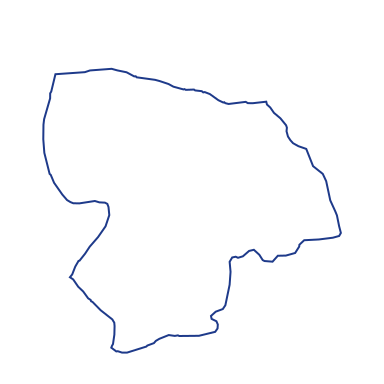 outline of Patzún, Chimaltenango, Guatemala, rotated 78°
{"feature_id": "79465075B61157694740062", "entity_name": "Patzún", "entity_type": "district", "adm_level": 2, "iso_a3": "GTM", "parent_name": "Guatemala", "parent_adm1": "Chimaltenango", "projection": "mercator", "projection_center": [-91.025, 14.656], "detail": "fine", "context": "isolated", "style": "outline", "palette": "blue", "viewbox_px": 384, "rotation_deg": 78, "n_neighbors": 0, "source": "geoboundaries", "source_scale": "gbopen_adm2", "svg_char_len": 1829}
<svg xmlns="http://www.w3.org/2000/svg" viewBox="0 0 384 384"><g transform="rotate(78 192 192)"><path d="M327.5,303.3L332.2,299.2L332.3,297.7L334.5,293.9L335.6,289.0L333.7,268.8L332.9,267.6L331.9,260.7L330.1,258.3L328.8,254.4L327.1,244.5L329.2,238.7L329.3,235.6L330.2,234.4L334.1,215.1L333.6,198.4L330.8,195.4L327.0,194.3L323.5,195.0L320.2,199.2L317.2,199.2L314.0,193.7L312.9,186.2L309.7,182.9L290.6,174.5L278.1,170.9L268.1,169.7L264.4,166.3L264.4,162.7L265.9,160.7L265.5,155.6L261.5,148.4L261.4,143.5L267.4,139.2L273.3,137.0L274.6,135.4L276.9,127.7L272.2,121.3L273.7,113.4L273.1,103.8L267.7,98.5L265.9,97.9L262.5,92.3L264.8,77.8L266.0,63.7L265.6,57.2L263.0,54.9L256.1,55.2L245.0,55.1L240.6,55.9L228.9,58.5L209.3,58.5L201.5,60.3L191.9,68.2L173.6,71.3L169.3,78.4L165.3,83.0L161.8,85.0L157.7,86.6L152.2,86.9L148.8,85.8L146.3,86.1L138.3,90.2L131.6,95.4L125.6,97.9L122.0,100.5L119.1,100.6L117.8,114.0L116.7,118.9L115.0,120.7L113.5,137.9L112.0,141.0L110.9,141.8L111.0,142.8L107.7,147.1L99.9,154.2L96.9,158.8L96.9,160.3L95.4,161.5L93.3,167.8L92.2,168.8L90.8,176.8L89.8,178.0L89.9,179.0L85.1,188.3L81.5,192.5L76.8,200.5L74.6,204.8L68.3,222.3L67.1,223.0L66.9,224.5L61.3,231.1L57.5,239.8L54.8,245.0L51.9,266.5L52.5,271.9L48.4,301.1L64.5,308.8L66.0,310.2L70.9,311.3L90.0,321.5L95.3,323.3L109.5,326.5L123.0,328.3L144.7,327.5L145.9,326.6L154.3,325.0L167.5,319.4L173.9,315.9L176.6,313.0L178.3,310.5L179.7,304.6L180.6,288.9L182.9,284.7L184.3,279.4L186.0,277.3L189.3,276.8L197.4,277.7L207.6,283.7L216.6,293.3L224.2,303.4L230.1,309.4L235.8,316.3L235.8,317.3L240.7,321.7L247.7,326.3L250.0,329.1L252.8,326.4L261.0,323.0L266.7,319.1L274.4,315.7L276.5,313.6L277.9,313.4L278.8,312.2L288.7,305.9L300.1,296.4L301.7,295.9L303.6,295.2L307.0,295.6L315.4,297.6L324.3,300.9L325.9,302.3L327.5,303.3Z" fill="none" stroke="#1e3a8a" stroke-width="2"/></g></svg>